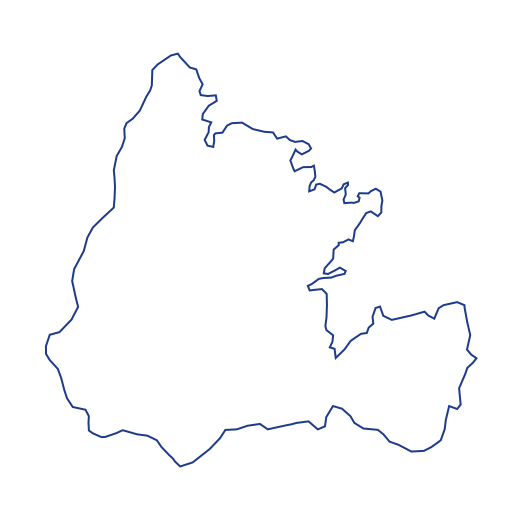 outline of Skarinou, Larnaca, Cyprus, rotated 87°
{"feature_id": "46923920B93275666945170", "entity_name": "Skarinou", "entity_type": "district", "adm_level": 2, "iso_a3": "CYP", "parent_name": "Cyprus", "parent_adm1": "Larnaca", "projection": "equal_earth", "projection_center": [33.355, 34.825], "detail": "fine", "context": "isolated", "style": "outline", "palette": "blue", "viewbox_px": 512, "rotation_deg": 87, "n_neighbors": 0, "source": "geoboundaries", "source_scale": "gbopen_adm2", "svg_char_len": 3049}
<svg xmlns="http://www.w3.org/2000/svg" viewBox="0 0 512 512"><g transform="rotate(87 256 256)"><path d="M49.8,323.4L51.3,330.5L59.5,344.1L64.9,349.8L80.1,351.1L85.3,353.1L91.0,357.1L104.7,364.4L112.5,372.0L116.5,378.3L121.9,380.9L131.6,380.9L140.1,384.2L148.9,389.9L162.9,393.5L170.4,393.2L179.8,393.2L190.5,394.2L200.2,395.5L210.2,407.5L219.0,417.4L228.7,423.4L242.0,427.7L259.6,438.3L271.4,440.9L289.0,438.0L297.5,436.3L309.9,443.6L321.7,456.2L323.9,466.1L335.1,470.5L343.0,470.8L343.9,470.2L349.0,467.5L358.4,459.8L367.8,456.9L379.6,454.5L388.1,452.2L397.2,446.9L400.3,435.4L400.6,434.3L407.2,431.3L413.6,432.0L421.5,432.0L424.5,428.3L428.2,421.0L428.8,419.4L428.8,416.1L425.7,405.1L423.0,398.2L427.9,383.9L429.7,374.0L434.8,364.7L441.8,360.4L450.3,353.1L453.6,349.8L457.3,347.4L462.2,342.7L458.8,330.0L446.3,312.3L436.0,301.4L428.1,295.7L428.1,284.1L425.1,273.5L423.9,260.9L429.7,253.3L426.6,234.4L426.0,229.8L424.8,224.1L423.9,212.2L432.4,203.3L429.7,196.0L420.6,194.3L409.9,187.0L413.0,178.1L420.9,170.1L427.8,166.5L433.9,157.8L436.0,143.3L440.9,138.0L448.4,132.3L452.1,123.4L459.4,111.1L459.4,98.5L456.0,90.9L450.3,82.0L449.4,81.0L439.0,76.7L429.6,75.0L416.0,71.0L419.3,63.1L415.1,59.4L398.7,60.1L384.5,53.1L378.7,50.8L373.9,44.9L369.6,41.2L365.8,46.2L360.5,50.2L346.2,46.2L333.2,48.5L318.6,50.4L316.0,50.4L312.6,57.6L314.9,71.3L317.8,76.4L327.9,81.2L324.6,86.9L320.4,90.6L323.5,104.0L326.9,123.7L322.4,132.0L313.0,134.8L314.2,139.3L322.7,142.8L329.7,142.4L333.4,147.2L338.7,149.4L339.2,155.2L343.3,162.0L345.8,166.0L353.8,172.4L362.0,181.7L352.8,182.4L351.1,187.1L345.8,184.2L339.3,183.1L333.7,189.5L329.7,190.4L320.9,188.8L308.4,187.7L297.5,187.4L292.5,191.9L292.8,198.4L293.2,204.2L288.6,205.8L286.8,201.6L282.1,194.4L281.5,190.1L281.5,181.9L279.9,176.9L278.5,168.6L275.7,167.2L272.0,172.9L274.7,178.2L277.7,185.0L276.9,189.2L271.8,188.0L267.6,183.8L262.7,179.1L253.6,178.1L249.5,172.8L247.1,172.7L246.9,168.5L244.3,162.8L246.3,158.5L242.1,157.3L235.3,155.9L228.6,150.5L224.4,147.7L218.9,143.7L217.5,139.0L222.6,132.2L219.1,128.6L213.0,128.2L207.1,126.9L198.2,128.3L195.1,132.8L197.2,137.8L199.4,140.5L198.7,149.5L201.7,151.3L203.2,149.5L206.8,150.6L208.1,155.3L207.7,158.0L207.8,165.0L204.3,165.6L199.1,163.1L193.0,163.5L189.9,160.4L187.5,160.4L189.0,164.7L193.0,166.9L196.7,174.5L193.7,178.6L190.6,182.2L187.2,188.4L187.8,192.1L192.5,194.1L194.2,199.5L189.3,198.9L185.6,197.2L183.1,194.2L179.9,192.6L174.7,192.8L168.8,193.5L170.1,196.3L169.7,204.2L173.4,213.0L170.6,214.2L162.4,216.7L157.9,214.1L151.8,210.9L153.8,209.4L156.9,204.9L153.7,197.6L151.5,195.4L147.1,197.5L143.6,203.7L144.1,211.1L141.9,216.2L138.1,219.9L139.9,228.8L133.5,232.5L132.4,241.2L129.1,252.5L122.1,262.9L122.1,273.1L124.2,278.0L131.1,283.1L131.4,290.1L133.1,291.7L138.9,291.7L144.8,293.0L143.3,298.6L137.3,301.2L129.9,296.8L124.9,296.3L120.2,293.7L116.9,302.5L111.4,301.7L103.4,295.2L99.0,287.1L93.5,287.7L93.7,296.1L92.4,302.8L88.4,303.8L81.7,300.3L75.3,303.4L66.5,305.9L64.3,312.2L53.0,321.6L49.8,323.4Z" fill="none" stroke="#1e3a8a" stroke-width="2"/></g></svg>